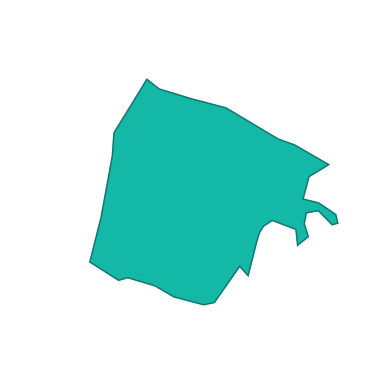 Pulaski, Virginia, United States of America, rotated 51°
{"feature_id": "52423323B50424671887039", "entity_name": "Pulaski", "entity_type": "district", "adm_level": 2, "iso_a3": "USA", "parent_name": "United States of America", "parent_adm1": "Virginia", "projection": "robinson", "projection_center": [-80.648, 37.062], "detail": "fine", "context": "isolated", "style": "filled", "palette": "teal", "viewbox_px": 384, "rotation_deg": 51, "n_neighbors": 0, "source": "geoboundaries", "source_scale": "gbopen_adm2", "svg_char_len": 604}
<svg xmlns="http://www.w3.org/2000/svg" viewBox="0 0 384 384"><g transform="rotate(51 192 192)"><path d="M299.9,143.5L299.9,129.7L287.3,124.7L280.2,116.3L286.0,105.6L305.7,103.7L308.0,98.4L300.0,94.4L280.3,100.4L267.4,110.1L253.7,91.3L256.8,68.5L220.3,82.5L205.0,91.7L148.1,112.6L118.5,134.3L91.2,152.7L76.0,156.1L86.0,184.3L96.8,215.3L113.9,231.3L154.2,278.3L182.1,315.5L214.5,304.6L218.1,295.9L241.7,279.8L262.0,272.2L287.0,253.9L292.0,244.2L279.8,201.7L292.4,201.1L271.6,173.3L266.0,165.0L263.6,158.0L264.6,147.5L286.5,134.8L299.9,143.5Z" fill="#14b8a6" stroke="#0f766e" stroke-width="1.5"/></g></svg>